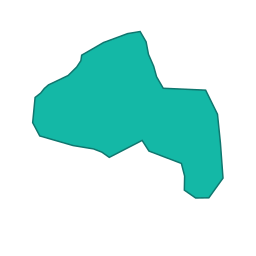 the border of Oyam, rotated 73°
{"feature_id": "UGA-3103", "entity_name": "Oyam", "entity_type": "County", "adm_level": 1, "iso_a3": "UGA", "parent_name": "Uganda", "parent_adm1": "", "projection": "mercator", "projection_center": [32.488, 2.331], "detail": "fine", "context": "isolated", "style": "filled", "palette": "teal", "viewbox_px": 256, "rotation_deg": 73, "n_neighbors": 0, "source": "natural_earth", "source_scale": "10m", "svg_char_len": 558}
<svg xmlns="http://www.w3.org/2000/svg" viewBox="0 0 256 256"><g transform="rotate(73 128 128)"><path d="M218.4,71.1L214.7,83.8L203.9,92.3L190.5,87.9L177.5,87.3L156.2,114.7L144.0,118.1L150.6,154.5L143.4,160.1L137.9,167.1L134.2,174.6L128.7,185.7L109.8,214.7L95.0,217.6L71.6,207.9L69.1,201.3L65.7,196.4L63.5,191.4L60.3,169.9L54.7,159.2L49.9,153.4L44.8,151.0L39.1,126.4L37.6,100.8L39.3,88.2L50.9,85.5L63.6,86.9L76.4,85.4L87.4,85.7L100.3,82.7L114.5,42.7L141.0,38.4L169.3,44.0L203.7,51.8L218.4,71.1Z" fill="#14b8a6" stroke="#0f766e" stroke-width="1.5"/></g></svg>